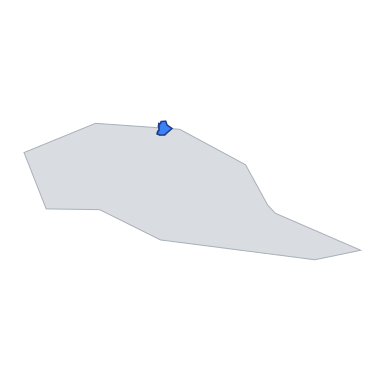 Ngereklengon, Palau shown in context, rotated 88°
{"feature_id": "81905179B38855830052729", "entity_name": "Ngereklengon", "entity_type": "district", "adm_level": 2, "iso_a3": "PLW", "parent_name": "Palau", "parent_adm1": "", "projection": "albers", "projection_center": [134.514, 7.51], "detail": "fine", "context": "in_parent", "style": "filled", "palette": "blue", "viewbox_px": 384, "rotation_deg": 88, "n_neighbors": 0, "source": "geoboundaries", "source_scale": "gbopen_adm2", "svg_char_len": 1502}
<svg xmlns="http://www.w3.org/2000/svg" viewBox="0 0 384 384"><g transform="rotate(88 192 192)"><path d="M203.8,338.3L146.7,358.5L120.0,286.1L128.9,202.1L166.7,137.5L207.8,116.8L216.2,109.4L256.1,25.5L264.0,71.7L238.8,225.2L206.4,285.0L203.8,338.3Z" fill="#d9dde1" stroke="#a8b0b8" stroke-width="1"/><path d="M127.8,209.8L124.2,214.6L120.3,215.8L120.5,220.4L120.8,220.5L121.0,220.6L121.3,220.7L121.5,220.8L121.9,221.0L122.0,221.0L122.4,221.2L122.5,221.2L122.5,221.3L122.6,221.6L122.8,221.8L122.7,221.9L122.7,222.1L122.6,222.3L122.5,222.5L122.4,222.5L122.2,222.8L122.3,222.9L122.6,222.9L122.9,222.8L123.2,222.7L123.4,222.7L123.6,222.7L123.8,222.7L124.0,222.7L124.2,222.8L124.2,223.0L124.3,223.0L124.4,222.9L124.4,223.0L124.6,223.2L124.7,223.3L124.8,223.3L125.0,223.4L125.2,223.2L125.3,223.1L125.4,222.9L125.6,222.9L125.8,222.8L126.1,222.9L126.3,223.0L126.5,223.1L126.8,222.9L126.9,222.7L127.0,222.7L127.0,222.8L127.3,222.8L127.6,222.8L127.8,222.8L128.0,222.9L128.3,222.8L128.6,222.8L128.8,222.8L129.0,222.8L129.2,223.0L129.3,223.1L129.3,223.3L129.5,223.4L129.5,223.5L129.8,223.5L130.1,223.5L130.3,223.6L130.3,223.8L130.2,223.7L130.2,223.8L130.2,224.0L130.3,224.1L130.7,224.3L130.8,224.3L131.0,224.5L131.3,224.5L131.7,224.6L131.8,224.4L132.2,224.5L132.4,224.8L132.5,224.9L132.9,224.8L133.0,224.8L133.1,224.6L133.0,224.4L133.0,224.2L133.3,223.5L133.4,223.2L133.6,223.0L133.6,222.8L133.8,222.7L134.0,222.5L134.1,217.1L133.4,216.6L127.8,209.8Z" fill="#3b82f6" stroke="#1e3a8a" stroke-width="1.5"/></g></svg>